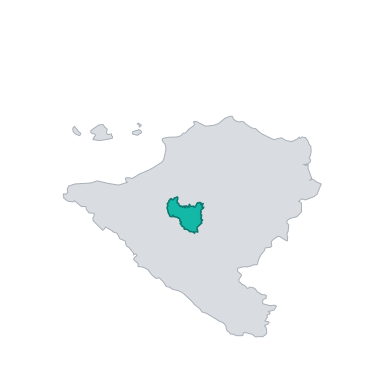 Guadalajara highlighted on a map of Spain, rotated 210°
{"feature_id": "ESP-5822", "entity_name": "Guadalajara", "entity_type": "Autonomous Community", "adm_level": 1, "iso_a3": "ESP", "parent_name": "Spain", "parent_adm1": "", "projection": "albers", "projection_center": [-2.665, 40.739], "detail": "fine", "context": "in_parent", "style": "filled", "palette": "teal", "viewbox_px": 384, "rotation_deg": 210, "n_neighbors": 0, "source": "natural_earth", "source_scale": "10m", "svg_char_len": 7924}
<svg xmlns="http://www.w3.org/2000/svg" viewBox="0 0 384 384"><g transform="rotate(210 192 192)"><path d="M201.6,100.4L201.7,101.3L203.2,103.1L207.9,104.0L209.1,104.8L208.9,107.2L207.8,109.3L208.9,110.2L210.0,110.1L211.3,108.4L211.6,109.5L213.8,110.5L218.5,112.3L221.9,112.5L225.4,116.2L231.0,115.4L236.2,118.8L240.9,117.9L242.0,118.5L249.3,118.4L249.6,115.4L250.4,114.2L263.4,117.8L265.0,120.2L264.8,121.5L265.6,124.4L267.3,124.2L270.6,122.4L275.0,124.2L276.3,126.0L277.2,126.1L280.4,124.1L289.4,125.7L289.7,124.3L290.3,123.8L293.9,122.3L295.4,122.0L300.2,122.6L300.9,124.2L301.9,124.8L302.4,126.2L299.6,127.3L299.5,129.8L301.4,131.8L301.8,135.5L297.3,140.5L284.0,149.3L279.7,154.3L269.5,157.3L259.0,161.3L252.9,168.0L254.5,168.4L256.5,170.5L255.9,171.5L253.2,173.1L250.7,173.6L246.3,181.6L240.0,190.0L237.7,193.7L232.8,203.3L232.8,206.1L235.7,215.4L237.2,217.9L239.3,219.9L243.3,221.5L244.3,223.2L243.0,224.9L239.2,228.0L232.4,232.2L229.6,235.4L229.1,238.5L227.1,239.9L226.4,244.2L223.8,250.1L223.6,251.7L225.8,253.8L223.7,255.1L213.0,255.9L206.5,260.6L203.2,264.7L200.3,272.4L196.6,276.9L195.0,277.7L192.5,275.8L189.3,275.5L186.3,276.1L184.7,277.7L182.2,278.6L179.7,277.8L174.4,277.4L172.1,277.4L168.4,278.7L165.2,277.8L159.9,277.3L148.4,278.1L146.9,278.6L141.7,283.6L136.1,283.6L130.9,285.5L127.4,290.4L126.6,293.1L125.7,292.4L124.9,292.6L124.4,294.6L120.8,295.8L117.0,294.0L113.8,291.4L112.0,291.1L109.4,287.2L108.3,284.7L107.6,282.0L107.6,280.1L105.2,279.0L104.7,276.5L106.6,273.4L109.0,271.8L106.8,271.8L105.1,273.8L103.2,270.4L95.2,263.7L95.7,261.5L94.2,263.1L93.3,263.5L89.0,263.0L84.1,263.5L82.6,252.6L84.1,248.9L89.9,241.8L93.4,241.0L94.9,237.2L91.8,237.2L87.2,229.6L88.9,222.9L94.0,218.0L94.9,216.0L95.2,214.1L94.3,212.7L91.7,211.8L89.2,206.3L88.8,202.9L86.7,200.9L85.0,197.4L86.7,197.0L93.6,197.3L95.3,196.6L96.6,194.4L98.1,190.8L98.5,188.5L96.0,185.2L96.0,184.5L96.4,183.4L100.7,180.1L100.0,177.4L100.9,171.8L100.7,168.5L100.4,165.8L99.2,162.2L100.1,160.9L102.3,159.8L104.2,157.0L106.8,154.7L110.1,153.0L114.1,149.0L113.6,147.1L112.3,146.0L107.7,145.0L107.4,144.1L107.6,139.6L106.5,137.7L104.8,137.8L102.3,136.9L101.6,137.4L98.4,137.1L96.1,136.2L95.1,136.8L94.7,138.4L90.8,139.8L88.7,139.7L85.2,138.1L81.1,138.3L80.6,137.9L77.1,139.6L75.9,139.5L74.7,137.2L76.7,134.1L75.3,130.9L74.2,130.8L67.7,132.6L63.8,135.3L62.3,135.6L61.8,135.0L61.9,130.8L66.1,126.6L63.7,126.1L63.9,124.8L65.6,122.9L64.1,121.2L64.4,116.7L60.9,117.9L60.0,117.6L60.1,115.8L62.5,112.3L60.3,111.8L58.7,110.3L56.8,107.2L56.9,105.6L58.3,102.0L61.4,100.5L64.5,98.2L68.5,98.9L74.7,97.2L76.8,96.2L76.8,94.7L76.2,93.5L76.9,92.5L81.9,89.7L84.9,89.6L87.9,88.2L89.9,89.3L91.6,89.1L93.6,90.4L96.1,93.2L99.9,94.5L103.0,93.8L118.9,94.2L123.4,93.1L126.8,94.8L133.6,95.8L137.6,97.3L148.8,99.9L152.9,100.0L161.1,97.9L163.3,98.5L166.6,97.4L168.2,97.7L170.2,99.3L177.4,101.4L179.3,99.6L180.7,99.2L185.9,100.3L191.1,102.6L193.9,102.7L197.8,102.1L201.6,100.4ZM303.6,192.8L305.6,193.6L307.6,192.7L308.7,192.8L309.8,193.2L310.2,194.9L306.3,203.4L302.9,205.9L299.3,204.4L297.2,204.1L296.5,203.4L295.9,200.8L294.9,200.0L293.5,199.7L290.9,202.0L290.0,200.6L288.6,200.4L288.1,199.6L288.0,198.5L296.1,191.6L298.5,190.0L303.5,188.0L304.3,188.2L303.7,189.3L304.5,190.1L303.6,192.8ZM327.2,187.7L326.6,190.1L320.0,187.5L318.0,187.3L317.4,186.9L317.5,184.6L321.6,183.9L325.1,184.8L327.2,187.7ZM269.9,218.0L269.3,219.6L266.1,219.2L265.4,218.6L266.0,216.7L266.8,216.4L266.8,215.1L267.7,213.8L272.1,212.5L273.2,213.3L273.5,214.6L270.9,217.6L269.9,218.0ZM273.3,224.4L272.9,224.8L269.4,224.6L269.3,223.5L269.9,222.0L271.3,223.4L273.3,223.6L273.3,224.4Z" fill="#d9dde1" stroke="#a8b0b8" stroke-width="1"/><path d="M198.6,175.5L198.4,175.5L197.6,175.2L196.5,174.1L195.3,173.6L195.0,173.6L194.9,174.1L194.8,174.3L194.6,174.4L194.3,174.6L193.9,174.6L193.2,174.3L192.7,174.0L192.4,174.0L192.3,174.3L192.4,175.0L192.3,175.3L192.2,175.6L192.0,175.8L191.8,175.9L191.5,175.9L190.8,175.2L190.4,174.9L190.1,174.9L190.0,175.0L189.9,175.2L189.8,175.5L190.3,176.5L190.4,176.8L190.3,177.0L190.2,177.1L189.5,176.9L188.4,177.5L188.2,177.5L188.1,177.4L187.6,176.7L187.3,176.8L187.2,176.9L187.1,177.2L187.2,177.4L187.5,177.9L187.5,178.0L187.4,178.5L187.6,178.9L188.0,179.2L188.1,179.4L188.1,179.5L188.1,179.9L188.0,180.0L187.9,180.0L186.6,179.3L186.1,179.1L185.6,179.1L184.5,179.7L183.6,180.6L182.7,180.0L181.9,180.4L181.7,182.5L182.0,184.1L181.7,185.6L180.7,185.9L180.5,186.1L180.3,186.6L180.2,186.8L179.7,187.0L179.0,186.7L178.0,185.6L177.6,186.0L177.7,187.0L176.7,186.7L176.5,187.0L176.3,185.9L176.3,185.4L176.3,185.1L176.2,184.8L176.0,184.3L175.9,184.0L175.6,183.8L175.4,183.8L174.9,184.2L174.8,184.4L174.6,184.6L174.3,184.7L174.2,184.5L174.1,184.1L174.2,183.9L174.2,183.6L174.3,183.4L174.3,183.1L174.4,182.8L174.5,182.6L174.8,182.4L174.9,182.2L174.9,181.9L175.0,181.7L175.1,181.4L175.1,181.1L175.1,180.9L175.2,180.7L175.1,180.4L174.8,179.8L174.6,179.6L174.3,179.5L174.2,179.5L174.0,179.3L173.9,179.2L174.0,178.4L173.9,177.9L173.9,177.7L173.4,177.1L173.3,176.9L173.1,176.8L173.0,176.7L172.8,176.7L172.7,176.7L172.5,176.8L172.4,176.9L172.1,176.9L172.1,176.7L172.2,176.4L172.1,176.2L171.8,175.7L171.6,175.6L171.5,175.4L171.4,175.2L171.5,174.5L171.6,173.9L171.4,173.9L171.2,174.0L170.8,173.8L170.6,173.6L170.3,173.1L170.2,172.9L170.0,173.0L169.8,173.1L169.6,173.1L169.2,173.1L169.0,172.9L168.8,172.8L168.8,172.6L168.8,172.4L169.1,172.0L169.2,171.9L169.2,171.7L169.1,171.1L169.0,170.8L168.9,170.6L168.8,170.4L168.2,170.2L168.0,169.9L168.1,169.7L168.3,169.5L168.4,169.2L168.5,168.3L168.6,168.1L168.8,167.9L169.0,167.7L169.0,167.4L168.9,167.2L169.0,167.0L169.0,166.8L169.1,166.5L169.2,166.3L169.3,166.1L169.4,165.5L169.5,165.3L169.6,165.1L169.8,164.8L169.8,164.5L169.8,164.2L169.5,163.3L169.3,162.4L169.1,162.4L168.5,162.1L168.3,162.0L168.2,161.8L168.0,161.4L167.2,160.6L167.1,160.2L167.5,160.2L169.2,159.0L169.7,158.9L169.8,158.8L169.9,158.6L169.9,158.2L169.8,157.8L169.7,157.7L170.3,157.7L171.3,157.8L172.3,157.6L172.5,157.4L173.1,157.4L173.7,156.7L174.1,156.5L176.4,157.1L177.1,157.1L178.4,156.9L178.9,156.8L179.2,156.6L179.3,156.4L179.5,156.1L179.9,156.0L180.1,156.0L180.5,156.2L180.6,156.4L180.7,156.6L180.7,156.8L180.8,157.1L181.0,157.3L182.0,157.6L182.5,157.6L182.9,157.4L183.0,157.3L183.3,157.3L183.5,157.3L183.7,157.5L183.8,157.7L183.9,157.8L184.1,158.0L184.5,158.1L185.0,158.1L185.3,158.3L185.5,158.5L185.9,158.7L186.1,158.6L186.4,158.8L186.3,159.0L186.2,159.1L185.9,159.4L185.9,159.5L186.0,159.6L186.4,159.8L186.5,160.0L186.3,160.4L186.4,160.6L186.5,160.7L187.1,160.6L187.3,160.4L187.6,160.5L187.8,160.9L187.9,161.0L188.0,161.2L188.1,161.3L188.3,161.4L188.5,161.5L188.7,162.1L188.7,162.3L188.9,162.4L189.1,162.6L189.7,162.8L189.9,162.8L190.6,162.5L190.8,162.4L191.1,162.5L191.6,162.8L191.8,162.8L192.3,162.7L192.6,162.6L192.9,162.5L193.1,162.3L193.4,162.2L193.7,162.1L194.2,162.2L194.4,162.2L194.6,162.1L195.2,161.5L195.4,161.4L195.5,161.4L195.7,161.6L195.8,161.7L196.3,162.0L196.5,162.3L196.8,162.5L196.9,162.4L197.0,162.3L196.9,162.1L196.9,161.6L197.1,160.9L197.0,160.5L198.7,160.0L199.2,160.1L199.3,160.3L199.5,160.5L199.8,160.7L200.3,160.9L201.1,161.5L201.8,161.9L202.8,162.7L202.9,162.9L203.0,163.1L203.1,163.3L203.5,163.8L204.6,164.7L204.7,164.9L204.9,165.1L205.1,165.2L205.8,165.9L206.0,166.4L206.0,166.6L205.9,167.5L206.0,167.8L206.2,168.2L206.4,168.4L206.6,168.7L207.2,169.1L207.4,169.3L207.4,169.5L207.5,169.7L207.5,170.4L207.4,170.6L207.2,171.0L207.1,171.5L207.2,172.0L207.3,172.2L207.5,172.6L207.6,172.8L207.6,173.4L207.5,173.6L207.3,174.0L207.2,174.4L207.2,174.7L207.3,175.2L207.2,175.4L207.1,175.5L206.9,175.7L206.6,175.9L206.4,175.9L206.2,175.9L205.9,175.6L205.6,175.5L205.4,175.5L204.9,175.4L204.7,175.5L204.3,176.6L204.3,177.0L204.3,177.9L204.2,178.2L204.0,178.3L203.7,178.5L203.3,178.9L202.7,179.9L202.5,180.0L202.4,180.1L202.2,180.4L201.2,179.7L200.4,176.9L199.6,175.3L199.4,175.2L199.1,175.2L198.6,175.5Z" fill="#14b8a6" stroke="#0f766e" stroke-width="1.5"/></g></svg>